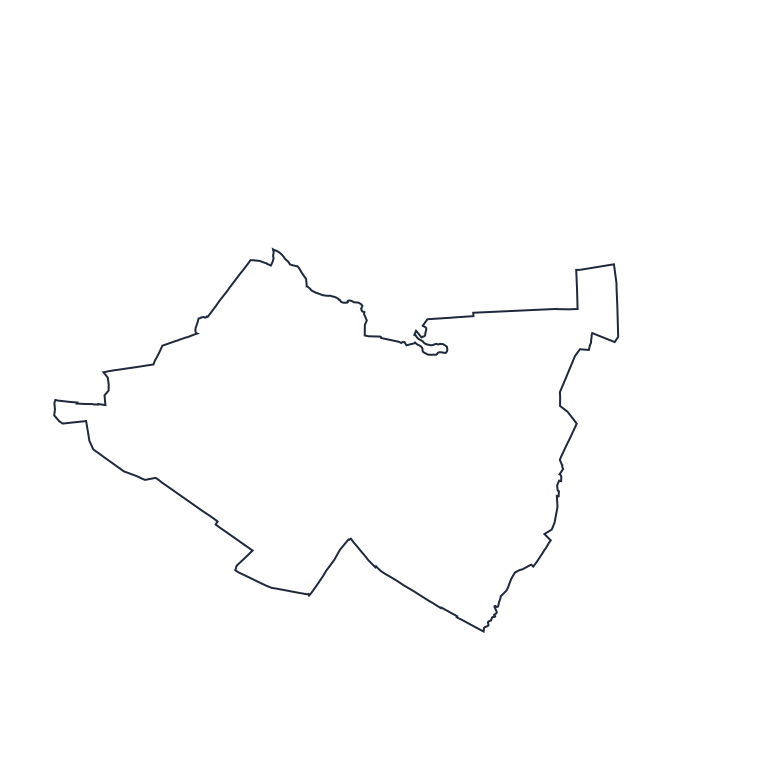 Vaboles pag., Daugavpils, Latvia (Mercator projection), rotated 311°
{"feature_id": "27541924B48238207872325", "entity_name": "Vaboles pag.", "entity_type": "district", "adm_level": 2, "iso_a3": "LVA", "parent_name": "Latvia", "parent_adm1": "Daugavpils", "projection": "mercator", "projection_center": [26.498, 56.031], "detail": "fine", "context": "isolated", "style": "outline", "palette": "slate", "viewbox_px": 768, "rotation_deg": 311, "n_neighbors": 0, "source": "geoboundaries", "source_scale": "gbopen_adm2", "svg_char_len": 6046}
<svg xmlns="http://www.w3.org/2000/svg" viewBox="0 0 768 768"><g transform="rotate(311 384 384)"><path d="M625.2,479.0L598.6,456.9L596.2,454.2L582.6,467.1L573.6,475.4L567.6,480.9L561.7,474.6L553.9,465.3L554.0,465.1L496.3,404.6L493.9,407.0L481.2,394.2L477.5,390.6L461.9,374.8L461.2,374.3L453.4,375.0L454.0,378.2L453.9,379.1L453.4,379.8L448.9,382.2L448.4,382.7L447.6,383.1L447.0,383.2L443.8,381.7L445.2,373.3L440.1,375.0L440.5,375.0L441.1,375.3L441.5,375.7L441.2,377.0L440.8,378.2L440.7,379.4L440.7,380.8L440.9,381.6L441.1,382.6L441.5,384.1L441.6,385.1L441.6,385.7L441.4,386.2L441.3,387.5L441.4,388.4L441.6,389.2L441.9,390.3L442.2,390.9L443.3,392.5L443.9,393.9L444.9,394.9L446.7,396.0L448.4,396.9L448.7,397.3L449.0,397.9L449.1,398.2L449.2,398.7L449.7,399.2L450.9,399.9L451.2,400.1L451.5,400.8L452.6,402.1L452.9,402.7L453.0,404.1L453.3,405.0L453.2,405.9L453.4,407.0L451.6,409.2L450.4,409.9L448.3,410.3L447.7,410.0L447.0,408.7L446.3,408.0L446.0,407.2L445.1,405.9L444.7,405.3L443.8,404.7L442.9,404.2L441.4,404.4L440.3,404.1L439.4,403.2L438.6,402.0L437.3,400.8L435.8,399.0L435.3,398.3L434.9,397.5L434.1,394.0L433.9,393.0L433.9,392.4L434.2,391.6L434.6,391.1L436.0,389.8L436.4,388.2L436.6,387.3L436.5,386.7L436.2,385.1L435.8,383.7L435.6,382.7L435.6,381.8L435.7,380.2L434.6,380.2L427.9,375.5L429.0,372.1L429.1,371.9L427.4,370.3L426.3,370.2L425.8,367.9L416.8,351.6L417.5,350.6L417.1,349.8L413.9,345.9L410.0,341.2L408.0,337.6L416.0,330.8L420.7,329.3L423.7,323.1L424.1,322.7L424.8,322.3L425.4,322.1L425.4,321.9L425.3,321.6L424.5,320.0L424.6,319.4L424.8,318.9L425.6,318.1L425.7,317.4L428.8,316.5L428.9,315.5L429.1,314.9L429.2,314.3L429.0,313.4L429.0,312.6L428.8,312.0L428.5,311.2L428.3,310.7L426.9,309.0L426.1,307.9L425.9,307.4L425.6,305.8L425.4,305.0L424.9,304.0L424.1,302.8L423.8,302.6L423.2,302.3L422.8,302.3L422.3,302.4L422.3,302.5L422.2,302.9L422.1,303.0L421.4,302.9L420.3,301.9L418.9,300.3L417.9,298.1L417.8,297.7L418.0,296.9L418.4,296.2L418.5,295.8L418.0,295.0L418.0,294.8L418.3,294.3L418.3,294.2L417.9,291.4L417.7,290.5L416.8,288.5L416.1,287.4L415.4,285.6L414.9,285.0L414.6,284.8L413.9,284.0L412.1,281.5L410.8,279.4L408.8,274.0L408.2,272.8L407.8,270.8L407.3,269.5L407.1,268.0L407.4,265.5L407.3,261.5L407.1,261.4L409.8,258.8L412.2,256.2L412.7,253.9L413.7,250.2L414.2,248.3L415.8,243.6L416.0,242.3L416.1,241.8L413.7,237.2L412.6,234.8L413.5,231.3L413.5,227.5L414.0,225.5L414.6,222.4L414.6,219.1L414.3,216.9L413.8,214.7L413.4,214.2L413.1,213.5L412.8,211.9L412.3,212.5L411.6,213.8L410.9,214.4L408.4,215.9L407.7,216.5L406.3,218.3L403.1,219.8L399.2,220.9L398.8,219.6L398.7,219.0L398.1,217.6L397.9,216.9L398.1,216.1L397.6,215.3L396.9,213.7L395.4,209.5L392.2,205.0L390.0,202.0L385.8,202.4L376.3,203.0L372.1,203.1L353.6,204.4L352.8,204.6L349.7,204.8L348.4,204.8L338.3,205.3L332.2,206.0L319.0,206.9L318.9,206.3L318.6,205.9L318.2,206.2L316.9,205.6L316.5,205.2L316.4,204.1L315.8,203.6L315.2,203.2L314.9,202.8L314.1,202.3L313.9,202.4L313.5,202.3L313.0,202.0L312.7,201.7L312.2,201.3L311.7,201.1L311.0,201.5L309.6,202.1L308.8,202.6L306.7,203.5L305.9,203.7L305.1,204.2L303.0,204.9L300.5,206.6L299.8,207.6L299.4,208.5L299.3,208.9L299.3,209.2L299.5,209.9L298.1,209.0L290.1,204.8L290.0,204.7L289.0,203.9L283.3,200.6L281.7,199.9L280.5,199.0L267.5,191.6L260.1,193.8L254.1,195.2L252.0,195.6L250.3,196.1L247.5,197.2L236.4,187.8L216.4,170.6L213.1,167.9L208.8,164.6L207.6,171.3L204.3,175.1L202.5,177.1L201.6,177.7L198.4,180.5L192.1,180.5L185.3,187.6L181.4,181.4L180.8,181.7L178.8,179.0L178.1,178.4L177.6,177.2L172.4,171.0L167.7,165.0L168.8,164.7L163.7,157.7L157.6,148.8L156.3,146.4L153.3,147.8L149.0,152.3L143.9,155.7L143.7,157.5L142.8,163.3L143.4,167.5L160.6,183.5L151.7,194.3L147.9,198.8L143.9,207.5L144.3,211.5L145.3,222.9L147.4,245.0L152.1,257.4L153.1,260.6L153.7,263.2L154.9,266.6L163.3,273.2L163.7,275.7L164.0,281.9L165.0,290.8L169.1,330.5L170.3,339.3L170.8,344.5L171.1,348.6L167.5,349.1L167.8,353.1L172.1,394.1L160.8,393.1L150.2,392.0L145.9,393.9L146.5,398.3L149.2,407.8L151.2,415.3L151.7,417.3L154.6,427.7L156.3,432.6L162.4,442.8L168.2,452.8L169.3,454.7L174.9,464.0L175.0,464.1L175.9,464.6L175.1,466.3L175.3,466.4L177.2,466.1L177.8,466.3L187.3,465.4L199.2,464.0L205.0,462.9L218.4,461.9L230.1,459.5L243.0,459.2L242.9,459.5L243.7,460.0L245.5,460.4L244.5,465.2L243.8,470.0L242.2,479.4L242.2,480.1L240.7,488.1L240.0,497.8L241.2,497.6L241.0,499.1L240.8,504.4L241.4,509.0L243.2,518.5L243.7,521.3L244.3,525.4L245.0,531.1L246.3,537.9L247.3,543.6L249.8,560.3L250.7,564.4L251.4,569.3L252.2,574.0L252.9,573.9L256.7,591.6L255.7,591.8L256.1,594.0L257.0,596.9L257.5,599.4L262.5,621.6L265.5,619.5L266.5,619.6L268.9,620.8L269.6,621.1L270.2,621.2L270.6,621.0L271.2,620.3L271.8,619.5L272.4,618.8L272.7,618.6L273.2,618.7L273.9,618.9L275.7,619.9L276.2,619.8L278.1,618.9L278.5,618.8L279.2,618.8L280.0,619.4L280.8,620.3L281.2,620.4L281.5,620.4L281.7,620.2L281.7,619.1L281.9,618.7L282.2,618.5L282.7,618.6L283.3,618.9L284.5,619.2L284.9,619.2L285.6,618.9L286.2,618.1L288.1,614.0L288.4,613.4L288.7,613.2L289.1,613.3L289.3,613.5L289.5,613.8L289.6,615.0L289.7,615.3L290.0,615.7L290.5,615.9L291.0,616.0L291.6,615.7L295.0,613.9L298.1,612.7L299.1,612.2L300.3,611.3L302.4,611.6L308.7,611.9L311.9,611.1L315.6,609.6L316.6,609.2L320.7,607.8L327.5,606.5L328.1,606.6L332.5,608.4L335.0,610.1L342.0,612.7L344.3,613.8L344.1,616.4L350.1,616.0L361.0,614.5L363.8,614.0L366.8,613.8L372.3,612.7L374.9,612.5L375.4,612.4L376.0,603.5L384.2,606.1L391.2,603.7L404.9,595.7L412.9,587.9L413.6,589.4L414.1,589.4L414.2,589.1L417.7,586.5L417.8,586.4L417.5,585.2L417.6,584.9L421.1,581.1L426.0,579.6L426.9,581.4L430.1,578.9L431.2,577.1L431.0,575.7L437.3,575.0L438.5,572.7L439.5,572.0L439.4,571.9L442.2,566.4L445.9,565.2L455.7,562.4L465.5,559.8L480.5,555.5L482.8,544.3L483.5,540.4L483.3,538.2L482.9,531.3L489.6,525.6L493.2,522.1L494.1,521.8L502.5,519.1L530.4,509.8L538.8,509.1L544.0,516.2L545.8,515.4L548.0,514.1L550.9,513.2L552.5,511.9L556.4,509.3L557.1,508.6L559.1,507.8L562.0,516.3L567.0,530.6L573.1,529.8L574.0,529.1L596.5,508.4L608.3,497.2L612.8,493.1L625.2,479.0Z" fill="none" stroke="#1e293b" stroke-width="2"/></g></svg>